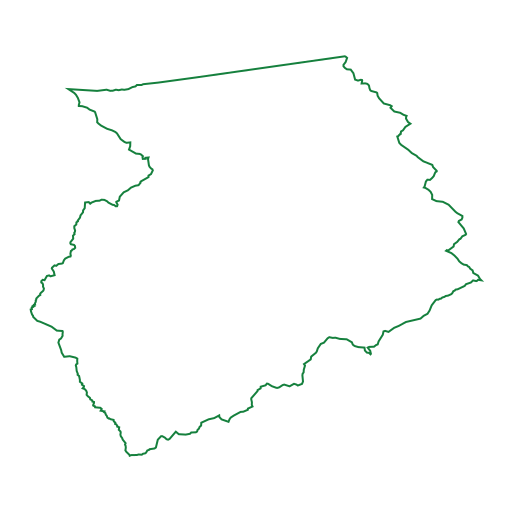 Brodina, Suceava, Romania
{"feature_id": "2599482B47779623480823", "entity_name": "Brodina", "entity_type": "district", "adm_level": 2, "iso_a3": "ROU", "parent_name": "Romania", "parent_adm1": "Suceava", "projection": "equal_earth", "projection_center": [25.392, 47.847], "detail": "fine", "context": "isolated", "style": "outline", "palette": "green", "viewbox_px": 512, "rotation_deg": 0, "n_neighbors": 0, "source": "geoboundaries", "source_scale": "gbopen_adm2", "svg_char_len": 5930}
<svg xmlns="http://www.w3.org/2000/svg" viewBox="0 0 512 512"><path d="M420.5,318.6L423.7,315.8L427.5,313.8L429.6,310.5L431.7,305.3L435.6,300.2L436.6,299.6L438.5,299.6L439.6,298.8L440.9,298.7L442.3,297.5L444.4,296.9L445.7,296.0L448.1,295.6L451.2,294.2L452.2,293.3L453.4,291.1L454.6,290.7L455.6,289.6L457.6,289.3L464.7,285.9L466.0,284.2L470.9,282.5L473.1,280.4L476.2,281.1L476.9,280.9L478.1,279.8L481.3,280.3L480.0,279.0L478.0,275.6L473.3,273.0L472.6,270.4L470.2,268.7L469.2,267.0L467.8,266.3L466.8,265.1L463.7,264.6L461.4,263.2L459.2,261.3L457.5,258.7L454.4,255.5L451.4,253.1L446.1,250.8L446.9,250.1L447.9,250.7L453.6,246.5L454.0,244.2L457.2,241.9L459.5,239.1L460.4,238.9L462.3,236.3L465.6,234.8L466.1,234.0L463.7,228.4L458.4,222.1L458.9,220.9L461.6,219.5L462.4,217.7L462.4,216.0L457.3,213.2L455.5,211.8L448.6,204.7L442.8,201.8L436.4,201.1L432.1,199.1L432.2,194.9L430.6,191.8L428.5,189.8L425.4,187.9L423.9,187.5L424.6,186.5L425.9,181.5L427.4,179.7L430.0,179.9L432.0,178.1L433.7,176.2L434.9,173.2L435.4,172.2L436.7,171.4L436.7,170.8L433.1,167.1L432.3,164.9L423.3,161.3L417.7,157.1L416.6,155.8L411.8,153.1L408.3,149.8L401.2,144.9L399.3,142.9L397.3,136.5L398.3,136.2L398.9,135.2L399.9,134.6L400.2,133.9L400.7,133.9L401.0,131.5L403.0,130.3L405.4,126.9L410.4,123.7L408.0,122.0L406.0,118.6L406.1,117.1L406.6,115.9L403.5,114.8L400.2,112.8L394.3,111.5L390.5,107.8L391.7,106.2L390.1,105.2L383.8,103.5L379.1,98.3L377.6,95.7L377.2,93.0L376.5,92.4L371.3,91.0L370.3,90.3L369.5,88.3L369.0,85.7L368.3,84.7L367.1,83.8L365.4,83.4L361.6,83.5L362.2,80.6L362.0,80.0L360.8,79.8L358.0,80.6L355.1,79.6L353.4,73.2L350.7,69.6L346.9,69.3L344.9,67.9L343.5,66.3L343.5,64.8L345.6,62.1L347.1,57.9L345.7,56.7L344.8,56.3L195.6,77.5L158.2,82.6L143.2,84.2L141.5,85.0L136.9,85.0L135.5,86.4L132.4,87.1L128.4,89.1L124.3,89.8L121.8,89.5L118.7,90.2L115.9,89.7L112.8,90.7L110.2,90.8L106.6,89.7L97.2,90.9L68.4,89.1L74.3,93.0L76.0,94.8L77.9,98.0L79.5,102.3L78.8,105.1L78.8,106.0L82.2,106.2L87.1,107.7L89.6,109.6L94.6,111.6L95.1,112.2L97.3,119.2L97.2,122.3L98.4,123.5L101.1,125.6L107.1,128.8L111.9,130.3L115.4,132.0L117.0,133.4L120.7,139.2L124.5,142.0L126.5,142.8L130.3,142.4L130.2,146.2L129.0,149.6L136.0,153.6L139.6,153.9L141.0,154.5L142.9,156.2L142.5,157.1L142.8,158.9L145.6,158.8L145.5,157.8L148.5,157.5L148.0,159.0L148.9,165.2L149.5,166.7L151.1,168.5L152.4,169.3L152.8,170.4L151.0,174.1L148.5,175.6L148.5,177.1L140.9,181.4L140.3,182.2L140.5,182.8L138.5,185.2L135.4,185.7L131.0,187.6L127.9,190.3L123.7,192.3L119.8,196.7L119.0,200.5L116.3,201.8L116.3,202.3L117.6,204.7L117.1,206.2L115.8,206.3L114.1,205.0L112.6,204.8L108.4,202.6L107.1,201.3L104.4,199.9L101.6,199.7L99.5,200.7L95.8,200.9L91.7,202.5L90.2,203.7L89.6,203.2L89.4,202.5L88.6,202.1L85.1,202.5L84.7,208.2L83.1,210.4L83.0,212.3L80.5,215.4L80.0,217.6L77.7,220.7L77.9,221.3L76.4,222.4L76.3,224.5L74.3,226.2L74.3,228.1L75.1,230.5L74.9,231.8L74.2,233.0L74.6,234.1L73.0,235.7L73.2,238.7L70.5,242.1L70.3,243.1L70.8,244.2L74.0,244.9L74.9,245.9L75.2,247.8L74.0,249.0L72.4,249.5L71.7,250.6L70.9,251.0L70.4,253.8L70.8,255.6L70.5,256.5L68.7,256.8L65.2,258.6L63.9,260.3L62.8,263.2L61.8,263.6L58.4,264.0L56.3,265.8L54.5,265.4L52.0,267.7L51.8,268.5L53.8,271.6L54.6,275.2L50.5,276.3L49.1,275.4L46.9,276.0L44.5,280.2L42.7,279.8L41.3,281.2L41.3,282.5L42.6,283.4L43.1,285.0L43.0,286.6L43.9,288.5L43.6,290.0L43.2,290.8L40.7,293.0L40.1,294.0L40.3,295.0L38.9,295.8L36.3,298.5L36.2,299.9L35.7,300.4L35.8,301.7L34.9,303.4L35.1,304.6L34.0,304.8L34.3,305.9L33.1,305.8L32.5,306.2L33.0,307.0L31.7,307.6L31.9,309.2L30.7,309.5L31.0,311.4L32.1,314.6L33.0,315.7L33.2,316.9L37.3,320.9L40.1,321.7L51.6,326.7L56.8,330.6L62.5,331.0L62.8,331.9L62.5,334.3L62.6,335.8L61.0,338.5L59.3,339.6L58.4,342.6L61.2,350.2L61.7,352.7L64.2,356.8L69.7,356.2L75.5,357.6L77.3,358.6L77.2,361.1L77.4,363.6L76.2,364.4L75.8,365.4L76.3,367.2L76.7,371.0L77.8,373.8L77.6,374.8L79.1,376.0L79.9,379.9L79.9,381.8L82.3,383.5L81.9,384.7L84.0,386.1L83.9,387.0L82.7,388.3L84.7,389.1L86.2,390.7L86.9,392.5L86.6,394.8L87.9,396.3L89.9,397.8L90.3,399.4L92.0,400.2L92.3,400.6L92.4,401.6L94.0,402.0L94.0,403.0L93.1,405.2L93.3,405.7L94.9,406.3L95.1,407.3L100.4,407.8L101.7,409.0L100.7,410.7L104.4,411.4L104.0,412.1L105.4,413.1L105.8,414.7L106.7,415.7L107.4,417.6L108.6,418.5L109.0,418.3L110.5,419.2L113.6,419.9L113.8,421.4L115.3,422.6L115.1,423.9L116.2,424.3L117.3,425.8L117.2,426.6L119.2,427.3L118.8,429.8L120.5,431.5L120.7,432.7L120.4,434.6L120.8,436.2L122.2,438.1L122.7,439.6L125.6,443.2L125.0,444.6L125.6,445.8L125.8,447.7L125.4,450.4L126.3,451.8L129.5,454.9L129.7,455.7L131.3,455.1L136.9,455.0L138.6,454.5L141.8,454.7L142.9,453.8L145.3,453.3L146.1,452.6L147.3,450.5L149.4,449.7L149.6,449.2L154.5,448.5L155.9,447.5L157.8,439.7L161.1,436.2L162.3,436.2L165.0,437.7L166.5,439.2L168.1,439.7L169.6,438.9L175.8,431.7L178.8,434.2L185.7,434.6L190.0,433.8L191.2,432.5L195.9,432.3L197.1,431.5L197.6,429.8L198.9,428.7L199.6,426.9L201.1,425.6L201.3,422.7L208.7,419.3L214.2,418.1L219.2,415.4L219.4,417.1L221.6,419.4L228.5,421.8L229.5,419.3L230.7,417.6L233.9,415.5L240.6,411.9L243.3,411.7L247.8,409.8L247.9,408.6L252.5,406.5L251.8,404.9L251.9,402.2L251.2,399.1L251.3,398.2L257.5,391.1L257.6,390.1L260.6,388.4L260.7,386.7L265.6,385.3L266.9,383.6L268.1,383.8L271.9,386.2L276.3,387.8L277.5,387.9L279.3,387.3L282.6,385.1L284.2,384.6L289.6,386.3L294.0,383.8L296.5,384.6L297.8,385.5L302.0,383.9L303.0,381.5L302.4,375.4L302.6,373.8L303.6,372.4L303.8,369.6L305.0,365.6L304.0,364.1L310.7,359.4L311.2,356.6L316.0,352.7L316.8,351.4L317.8,348.3L320.8,343.9L323.9,342.7L327.6,338.3L329.3,337.2L332.7,337.9L335.4,337.7L339.8,338.9L346.7,339.3L351.9,342.3L352.6,344.2L353.3,345.1L354.9,346.1L358.4,347.1L364.5,347.6L364.9,350.5L366.9,352.6L369.1,352.9L370.5,354.3L370.9,353.8L370.2,350.8L367.7,347.6L369.2,346.9L374.0,346.7L376.0,345.1L377.7,344.4L378.6,341.4L382.8,334.7L383.5,331.4L385.1,330.9L388.5,331.9L394.2,327.8L398.8,325.9L405.9,322.0L420.5,318.6Z" fill="none" stroke="#15803d" stroke-width="2"/></svg>